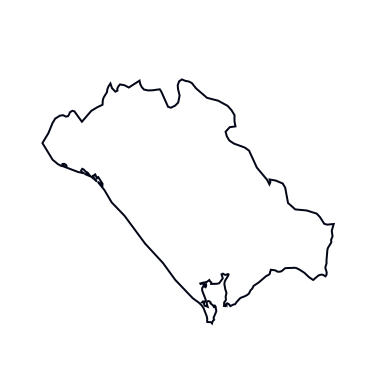 map outline of West Pomeranian (Natural Earth projection), rotated 245°
{"feature_id": "POL-3142", "entity_name": "West Pomeranian", "entity_type": "Voivodeship", "adm_level": 1, "iso_a3": "POL", "parent_name": "Poland", "parent_adm1": "", "projection": "natural_earth1", "projection_center": [15.248, 53.587], "detail": "fine", "context": "isolated", "style": "outline", "palette": "ink", "viewbox_px": 384, "rotation_deg": 245, "n_neighbors": 0, "source": "natural_earth", "source_scale": "10m", "svg_char_len": 3628}
<svg xmlns="http://www.w3.org/2000/svg" viewBox="0 0 384 384"><g transform="rotate(245 192 192)"><path d="M103.1,306.9L97.8,302.3L92.4,300.6L89.8,297.8L88.0,297.2L87.1,296.5L84.0,291.7L82.6,290.4L73.0,284.9L70.5,283.8L67.5,281.1L65.7,280.5L63.7,280.4L61.8,279.9L60.2,278.9L59.2,277.3L61.6,275.7L62.5,274.2L62.9,272.0L62.7,270.6L61.6,266.5L61.1,265.3L61.1,264.6L65.5,262.0L71.1,259.8L76.4,256.5L79.2,254.2L80.4,252.1L80.7,251.1L83.5,244.6L83.3,242.9L82.7,241.2L82.4,239.3L82.7,237.8L83.3,236.4L84.2,235.3L85.2,234.9L85.9,234.2L88.2,230.6L87.1,229.7L86.7,229.1L85.3,228.2L84.8,227.4L84.5,226.3L84.5,224.2L84.3,223.2L83.7,221.0L81.8,214.2L80.9,208.2L79.0,205.8L78.1,203.4L75.9,200.7L75.3,198.4L75.2,195.8L75.5,191.5L75.3,190.4L73.4,185.9L72.1,183.6L72.5,181.8L72.4,178.5L73.3,178.4L74.9,177.9L76.1,177.1L76.2,176.1L74.6,175.3L75.5,174.9L75.8,174.5L75.5,174.1L74.6,173.7L75.2,172.8L76.0,173.4L77.3,173.9L78.4,174.6L79.5,176.8L80.7,177.5L83.2,178.4L85.0,179.9L86.0,180.6L90.0,181.1L94.8,182.4L96.5,183.4L97.9,184.9L100.8,189.3L101.9,190.3L102.4,190.0L102.5,188.1L102.9,187.0L103.7,186.3L104.9,185.6L104.8,185.1L104.8,184.7L104.9,184.0L103.9,183.8L101.6,183.6L100.6,183.2L97.8,178.0L98.4,175.5L100.6,170.5L101.7,171.2L102.6,171.0L103.5,170.5L104.9,170.5L104.3,167.5L104.7,165.2L105.3,163.1L105.6,160.9L105.0,160.9L104.8,162.3L104.0,163.3L101.9,164.9L102.4,165.7L101.6,165.5L101.0,165.1L100.5,164.7L100.0,164.1L100.5,163.8L101.3,163.0L101.9,162.5L100.6,160.6L98.5,159.6L88.5,158.9L87.1,157.7L88.2,155.4L87.9,155.2L87.7,154.6L86.8,155.8L86.1,155.9L85.3,155.6L84.2,155.4L83.4,155.6L82.8,156.2L82.2,157.0L81.4,157.7L84.1,158.1L85.6,158.6L86.4,159.4L86.2,160.8L85.2,161.8L84.1,162.2L83.3,161.7L80.8,162.9L79.6,163.2L78.3,163.3L78.3,164.1L79.5,164.5L79.4,164.7L78.3,164.9L77.4,164.8L76.0,164.2L74.9,164.1L73.4,163.4L69.1,158.6L67.0,157.8L66.8,157.9L66.1,156.1L64.5,154.6L65.4,154.4L66.1,154.0L67.7,150.9L69.2,151.4L70.1,152.0L72.9,152.8L81.8,153.4L85.4,152.8L88.9,151.4L95.4,147.8L119.3,139.7L139.9,135.7L165.0,127.7L181.2,124.4L199.0,120.8L216.5,114.8L231.0,113.4L240.9,110.9L239.8,111.8L235.3,113.3L237.3,114.4L245.2,113.3L245.2,112.6L244.6,112.6L244.6,111.7L248.9,111.7L248.9,111.2L248.6,111.1L248.3,110.9L248.5,109.1L246.4,109.0L241.5,110.2L244.6,109.0L248.3,107.2L253.8,102.3L252.7,104.0L250.7,105.6L249.9,106.4L250.8,106.2L252.4,105.9L253.8,105.5L255.1,104.4L258.2,103.3L259.4,102.3L258.3,100.6L256.5,100.5L255.7,101.3L254.4,102.3L258.2,97.3L268.5,87.3L268.5,88.0L268.1,89.1L269.0,89.4L270.4,89.0L271.6,88.0L272.1,86.4L271.6,86.0L270.4,86.3L269.1,87.3L270.9,84.5L274.0,82.2L280.2,79.3L298.9,77.2L299.5,77.1L299.7,77.3L306.0,86.7L313.5,94.8L316.3,99.0L317.0,104.5L316.1,107.6L313.7,109.5L313.1,111.6L314.1,113.2L315.8,115.0L316.2,117.9L314.8,119.5L302.2,121.9L308.1,135.0L308.8,141.4L308.9,147.8L312.8,149.9L315.0,151.9L318.4,157.1L321.0,158.8L323.1,161.1L324.8,163.9L319.8,163.4L315.3,165.0L315.4,167.3L317.2,167.9L318.8,169.9L319.9,172.3L317.2,176.0L313.4,178.9L315.1,191.5L311.7,190.7L308.3,190.8L305.1,191.8L302.7,195.0L301.0,198.8L298.7,206.2L296.0,206.6L279.3,206.3L277.3,208.5L277.4,213.2L278.9,217.3L284.6,221.5L291.4,222.9L294.8,224.2L297.7,227.0L298.3,230.4L295.5,233.0L293.4,235.9L290.8,237.9L284.1,239.5L271.0,245.4L263.7,254.3L255.0,260.7L249.4,262.4L243.7,263.0L238.2,260.4L233.1,259.1L234.8,253.6L232.4,247.9L227.8,247.1L222.9,247.6L218.1,250.5L210.0,258.6L205.4,261.2L186.7,261.1L171.3,265.2L166.2,265.4L168.0,267.3L170.5,267.7L167.0,272.7L161.4,277.8L156.6,278.3L141.5,274.4L132.6,278.2L126.8,288.1L119.7,295.9L115.1,297.4L107.3,298.4L105.3,300.7L103.1,306.9Z" fill="none" stroke="#020617" stroke-width="2"/></g></svg>